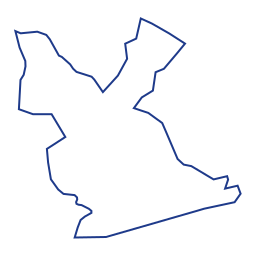 outline of Keguma
{"feature_id": "LVA-5766", "entity_name": "Keguma", "entity_type": "Municipality", "adm_level": 1, "iso_a3": "LVA", "parent_name": "Latvia", "parent_adm1": "", "projection": "albers", "projection_center": [24.743, 56.689], "detail": "fine", "context": "isolated", "style": "outline", "palette": "blue", "viewbox_px": 256, "rotation_deg": 0, "n_neighbors": 0, "source": "natural_earth", "source_scale": "10m", "svg_char_len": 977}
<svg xmlns="http://www.w3.org/2000/svg" viewBox="0 0 256 256"><path d="M18.9,109.2L20.5,79.9L23.7,74.8L25.5,66.4L25.3,61.0L19.6,47.6L15.4,31.1L20.7,33.3L37.3,31.7L46.3,34.9L49.8,39.3L58.9,55.6L61.8,56.9L70.2,64.4L73.1,68.7L76.5,71.9L83.8,74.2L91.6,76.7L94.3,79.6L102.9,92.1L117.9,75.6L127.1,58.8L125.2,43.7L136.2,38.6L140.8,18.5L151.8,23.5L169.3,33.5L185.0,43.6L176.7,53.7L163.9,68.8L155.6,72.2L152.9,90.6L141.8,97.4L133.9,108.1L141.3,110.6L148.3,112.9L155.7,118.3L162.2,123.0L166.4,132.7L177.6,159.0L183.7,164.6L191.3,166.1L199.2,170.8L206.7,175.3L213.6,179.4L227.1,176.2L228.1,179.6L225.1,188.6L237.6,185.7L240.6,193.7L234.6,202.2L204.2,208.7L196.4,211.0L106.0,237.0L74.7,237.5L77.7,227.5L80.6,220.0L84.8,216.6L91.4,212.9L91.4,210.9L88.9,208.8L81.6,205.1L78.5,204.7L76.5,203.8L76.1,202.1L77.2,199.5L77.0,197.4L74.6,195.1L63.5,193.9L58.2,189.5L50.9,179.3L48.1,162.5L46.9,148.9L65.3,137.0L51.6,114.2L33.0,114.2L18.9,109.2Z" fill="none" stroke="#1e3a8a" stroke-width="2"/></svg>